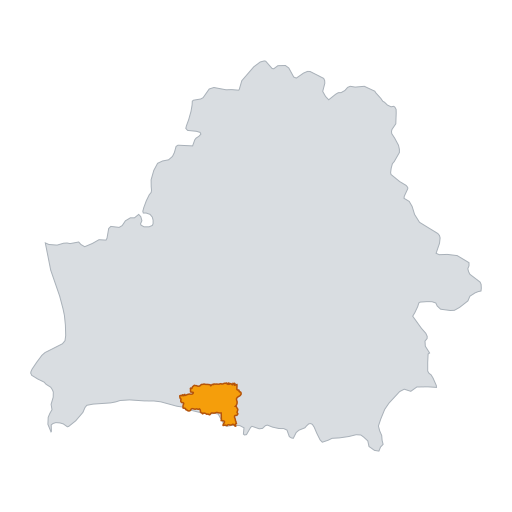 location of Stolin, Brest, Belarus
{"feature_id": "67162791B20391469538668", "entity_name": "Stolin", "entity_type": "district", "adm_level": 2, "iso_a3": "BLR", "parent_name": "Belarus", "parent_adm1": "Brest", "projection": "mercator", "projection_center": [26.983, 51.876], "detail": "fine", "context": "in_parent", "style": "filled", "palette": "amber", "viewbox_px": 512, "rotation_deg": 0, "n_neighbors": 0, "source": "geoboundaries", "source_scale": "gbopen_adm2", "svg_char_len": 8346}
<svg xmlns="http://www.w3.org/2000/svg" viewBox="0 0 512 512"><path d="M436.5,387.4L427.6,386.8L416.8,387.0L410.8,391.3L404.2,389.2L399.6,391.6L388.9,403.2L384.7,409.4L380.8,418.9L378.4,426.0L379.7,430.9L381.7,435.5L382.1,440.4L383.1,444.3L380.5,447.1L378.9,451.1L374.5,450.4L369.0,446.5L367.8,440.9L363.6,437.0L360.8,435.0L356.2,434.7L348.9,436.5L339.3,437.9L332.1,438.3L328.2,440.2L322.3,442.2L320.1,439.9L316.9,433.5L314.2,427.2L312.4,424.4L310.8,423.6L308.8,423.8L306.6,425.8L304.9,427.8L298.9,430.2L296.2,432.5L293.3,438.3L291.3,437.9L289.3,436.6L287.0,430.1L283.8,428.6L278.8,428.5L272.5,427.1L267.4,425.1L265.5,425.6L262.5,428.4L259.2,428.8L252.0,426.3L250.6,427.4L246.5,434.6L244.5,435.0L243.4,434.1L244.0,427.8L239.9,425.6L232.8,425.2L227.9,426.1L225.5,425.9L224.2,424.7L218.2,414.1L215.0,413.4L209.2,414.0L200.8,412.7L191.0,410.3L185.6,409.4L182.8,407.1L176.8,406.2L160.7,401.8L154.1,401.0L144.4,400.9L129.6,399.9L120.1,400.5L115.7,401.9L110.6,402.9L93.1,404.1L86.8,405.3L85.0,407.5L82.9,412.4L75.7,420.8L68.7,426.4L67.4,426.8L63.3,423.9L59.9,422.9L55.8,422.6L53.0,423.5L51.2,424.9L51.4,431.4L51.0,431.9L47.9,424.3L48.2,417.3L49.9,413.3L52.0,409.7L51.1,404.3L53.2,397.2L53.3,392.0L52.4,389.8L50.7,387.2L46.1,384.3L44.1,382.1L37.9,379.1L31.8,375.4L30.7,373.1L31.0,371.5L32.1,369.1L36.8,362.1L41.9,355.3L45.1,352.5L62.4,343.8L65.0,340.7L65.7,335.5L65.4,325.0L64.4,315.3L63.0,308.7L59.7,296.2L50.7,270.1L45.3,242.9L48.9,244.5L57.1,245.1L63.7,243.2L67.1,243.0L70.1,243.6L78.7,242.0L80.9,244.5L84.7,246.7L92.3,243.5L99.0,239.7L106.0,240.1L107.0,238.2L108.7,228.5L110.8,226.4L119.1,227.4L122.2,225.6L125.4,220.8L130.4,217.8L134.5,217.8L138.7,214.4L140.8,216.7L141.9,220.7L140.5,223.9L141.1,225.2L144.0,226.8L149.1,226.8L152.4,225.4L153.1,223.6L153.1,220.2L152.3,217.1L150.1,214.4L146.1,213.0L143.3,213.0L142.8,211.3L143.8,207.6L146.3,200.8L149.3,194.7L151.2,192.4L151.5,190.3L151.2,186.5L151.1,179.8L153.8,170.4L157.6,163.3L162.5,161.0L168.6,159.8L172.5,156.4L174.4,152.5L176.1,146.4L178.0,145.2L192.6,145.9L194.8,139.8L196.1,138.1L198.9,136.3L200.9,134.1L200.1,132.4L196.4,131.3L187.6,130.4L185.8,128.4L186.4,125.9L188.7,119.6L191.0,111.4L192.1,105.0L192.3,101.2L193.5,100.2L200.7,99.0L203.1,97.7L209.2,89.0L213.9,87.5L226.1,89.8L231.6,89.6L238.7,90.2L239.3,89.3L241.8,80.7L253.8,66.8L260.2,62.0L264.3,60.9L265.7,61.2L272.1,68.5L273.7,68.8L277.9,65.7L285.4,65.5L288.8,68.0L293.7,77.0L296.3,78.1L303.5,73.1L307.5,71.4L310.1,71.5L323.7,78.4L324.7,80.7L324.8,83.3L322.7,91.4L325.5,96.4L328.7,99.8L335.7,94.2L338.3,92.7L341.1,92.6L344.9,90.5L347.6,87.4L350.2,86.3L355.2,87.1L364.3,86.3L374.8,91.2L375.7,92.7L380.9,98.5L382.8,101.3L384.5,102.2L387.3,105.0L391.1,106.8L393.7,106.3L394.9,107.2L396.1,109.4L396.2,113.1L395.8,123.8L392.0,129.4L391.5,131.3L391.7,133.6L394.7,138.2L398.5,145.3L399.4,149.4L399.4,152.5L394.2,161.6L392.4,163.7L391.2,168.1L390.6,172.6L391.0,174.5L399.7,181.6L406.2,185.5L407.7,187.4L407.8,188.6L404.3,196.2L404.0,198.3L409.2,201.4L412.1,206.4L414.6,214.5L419.5,222.3L437.9,233.6L439.5,235.6L440.1,238.0L439.5,243.3L436.1,253.3L439.3,254.7L447.3,254.4L457.2,255.6L469.0,262.7L469.0,265.8L467.8,268.7L468.6,271.7L469.9,274.3L480.1,282.1L481.1,284.4L481.3,288.2L481.0,291.0L478.2,291.6L475.0,292.9L469.9,296.2L467.9,300.9L459.6,307.4L454.4,310.3L450.3,310.5L440.6,309.2L437.2,306.0L435.8,303.0L432.0,301.7L427.1,301.6L420.2,302.1L418.8,303.0L417.7,306.6L414.8,312.7L412.7,316.2L421.4,328.3L425.8,333.3L427.2,336.4L427.1,338.5L425.0,341.1L425.3,346.2L429.6,353.0L428.1,354.0L427.7,362.3L427.7,371.1L428.9,373.2L431.2,375.0L433.1,378.2L436.3,385.5L436.5,387.4Z" fill="#d9dde1" stroke="#a8b0b8" stroke-width="1"/><path d="M236.9,407.7L236.2,406.4L235.4,406.3L236.4,405.2L236.8,404.2L237.1,403.1L237.1,401.7L236.8,400.8L236.5,399.7L236.5,398.7L237.0,397.8L237.5,397.3L238.4,396.6L239.4,396.1L240.3,395.4L241.1,394.2L241.1,393.1L240.8,392.3L240.3,391.9L239.6,391.9L239.1,391.4L239.1,390.7L238.8,390.1L238.3,390.0L237.5,390.0L236.9,389.4L236.9,388.0L236.9,387.1L237.0,385.7L236.9,384.6L236.5,384.7L236.3,384.7L236.0,384.8L235.7,384.9L235.5,385.0L235.0,385.2L234.8,385.3L234.5,385.2L234.4,385.1L234.4,384.8L234.5,384.4L234.7,384.1L234.9,383.7L234.5,383.3L234.2,383.4L234.0,383.6L233.7,383.7L233.2,383.5L233.0,383.4L232.9,383.6L232.7,383.9L232.7,384.1L232.8,384.3L232.7,384.7L232.4,384.8L232.1,384.7L231.8,384.4L231.5,384.1L231.3,383.9L231.0,383.7L230.8,383.6L230.5,383.6L230.3,383.7L230.0,383.9L229.8,384.1L229.4,384.2L229.2,383.5L229.1,383.2L228.8,383.0L228.6,383.0L228.4,383.2L228.3,383.5L228.3,383.8L228.4,384.0L228.4,384.3L228.1,384.3L227.9,384.3L227.8,384.0L227.6,383.9L227.4,383.9L227.1,383.9L227.0,383.6L227.0,383.4L226.8,383.1L226.4,383.0L226.0,383.1L225.8,383.2L225.5,383.3L225.1,383.3L224.8,383.3L224.3,383.3L224.0,383.4L223.6,383.6L223.3,383.8L222.7,383.9L222.3,384.0L222.0,384.1L221.7,384.0L221.4,383.9L221.0,383.7L220.7,383.7L220.3,383.8L219.9,383.9L219.5,384.0L219.2,384.2L218.5,384.2L218.1,384.2L217.7,384.2L217.3,384.1L216.9,384.0L216.6,384.0L216.4,384.1L216.1,384.2L215.8,384.2L215.4,384.1L215.1,384.1L214.8,384.1L214.4,384.0L214.1,384.0L213.6,384.1L213.4,384.3L213.4,384.5L213.1,384.5L212.8,384.4L212.5,384.4L212.2,384.4L211.9,384.7L211.7,385.0L211.3,385.3L211.1,385.6L210.8,385.7L210.6,385.7L210.5,385.2L210.4,385.0L210.0,384.7L209.2,384.6L208.3,384.5L207.5,384.4L206.9,384.4L206.3,384.4L205.8,384.4L205.2,384.3L204.9,384.3L204.5,384.1L204.0,384.1L203.7,384.1L203.2,384.3L202.6,384.4L202.2,384.4L201.7,384.4L201.2,384.7L200.9,384.9L200.5,385.3L200.1,385.7L199.6,386.0L199.1,386.2L198.7,386.2L198.2,386.2L197.8,386.2L197.5,386.1L197.1,386.0L196.9,385.8L196.6,385.7L196.2,385.6L195.6,385.6L195.2,385.6L194.9,385.5L194.5,385.3L194.2,385.4L193.9,385.6L193.5,386.0L193.3,386.1L193.1,386.4L192.7,386.7L192.4,387.0L192.2,387.6L192.1,388.0L191.8,388.3L191.5,388.4L191.2,388.4L191.1,388.2L190.9,388.1L190.7,388.1L190.5,388.3L190.4,388.6L190.7,388.7L190.7,389.0L190.6,389.4L190.5,389.9L190.5,390.6L190.5,391.1L190.5,391.5L190.6,391.9L191.0,392.1L191.4,392.1L191.8,392.1L192.2,392.2L192.6,392.3L192.8,392.3L193.1,392.4L193.3,392.5L193.3,392.8L193.2,393.2L192.9,393.6L192.6,393.8L192.2,394.1L191.4,394.2L190.8,394.2L190.1,394.2L189.8,394.1L189.3,394.0L189.0,394.1L188.7,394.2L188.4,394.3L188.0,394.3L187.7,394.4L187.2,394.6L186.9,394.7L186.6,394.9L186.1,395.1L185.5,395.3L185.2,395.4L185.0,395.1L184.9,394.8L184.8,394.5L184.5,394.5L184.4,394.6L184.2,395.0L184.1,395.3L184.0,395.5L183.7,395.7L183.4,395.6L183.2,395.5L183.2,395.3L182.9,394.8L182.6,394.8L182.3,395.0L182.3,395.4L182.0,395.7L181.8,395.4L181.3,395.4L181.0,395.4L180.5,395.5L180.3,395.6L179.8,395.8L179.8,396.2L179.8,396.7L179.8,397.0L180.0,397.5L180.1,397.9L180.2,398.4L180.4,398.6L180.6,398.8L180.9,398.9L181.0,399.2L181.0,399.6L180.8,400.1L180.8,400.5L180.8,401.1L180.8,401.5L181.1,402.0L181.5,402.2L181.8,402.6L182.2,402.6L182.8,402.7L183.1,402.7L183.4,402.9L183.7,403.3L183.6,404.0L183.2,404.9L183.1,405.2L183.0,406.3L183.0,406.9L183.0,407.5L183.2,408.1L184.3,408.2L184.9,408.2L185.1,408.4L185.7,408.9L185.7,409.4L186.2,409.9L186.8,409.9L187.2,410.3L187.7,410.7L188.9,411.0L189.8,410.8L190.5,410.3L190.9,409.5L191.2,409.1L191.9,408.7L193.0,408.7L193.9,409.0L194.9,409.2L195.6,409.2L196.2,408.9L196.8,408.9L197.4,409.1L198.3,409.3L198.8,409.2L199.4,408.9L200.1,409.6L200.3,410.3L200.4,411.0L200.4,411.6L201.0,412.6L201.8,412.7L202.0,413.2L202.5,413.8L203.0,413.7L203.5,413.2L204.4,413.1L205.1,413.3L205.8,413.6L206.6,414.2L207.0,414.2L207.5,414.1L208.3,414.2L208.9,414.6L209.7,414.8L210.2,414.3L210.6,413.7L211.5,413.0L212.6,413.0L213.5,413.1L215.1,413.0L215.6,412.7L216.7,412.4L217.7,412.6L219.0,412.9L221.2,413.0L221.4,419.7L221.2,420.5L221.9,420.6L222.8,420.7L223.8,421.0L224.2,421.2L224.5,421.7L224.4,422.2L224.2,422.9L223.8,423.3L223.4,423.9L223.1,424.8L223.1,425.4L223.7,425.5L224.2,425.3L224.9,425.1L225.7,425.2L226.3,425.4L226.9,425.7L227.3,425.4L227.7,424.9L228.7,424.7L229.1,424.7L229.7,425.0L230.3,425.1L230.7,425.0L231.4,424.9L232.3,424.6L232.9,424.2L233.8,424.7L234.3,425.2L234.7,425.8L235.3,426.2L235.7,426.1L235.6,425.4L235.4,424.9L235.4,424.2L235.6,423.8L236.4,423.6L236.1,422.8L236.0,421.8L235.5,420.7L235.2,419.0L234.5,417.2L234.6,416.0L235.2,415.5L235.8,415.4L236.8,415.4L237.4,414.6L237.9,413.9L237.4,413.0L237.0,412.3L237.4,411.1L237.7,410.3L237.8,409.2L237.2,408.4L236.9,407.7Z" fill="#f59e0b" stroke="#b45309" stroke-width="1.5"/></svg>